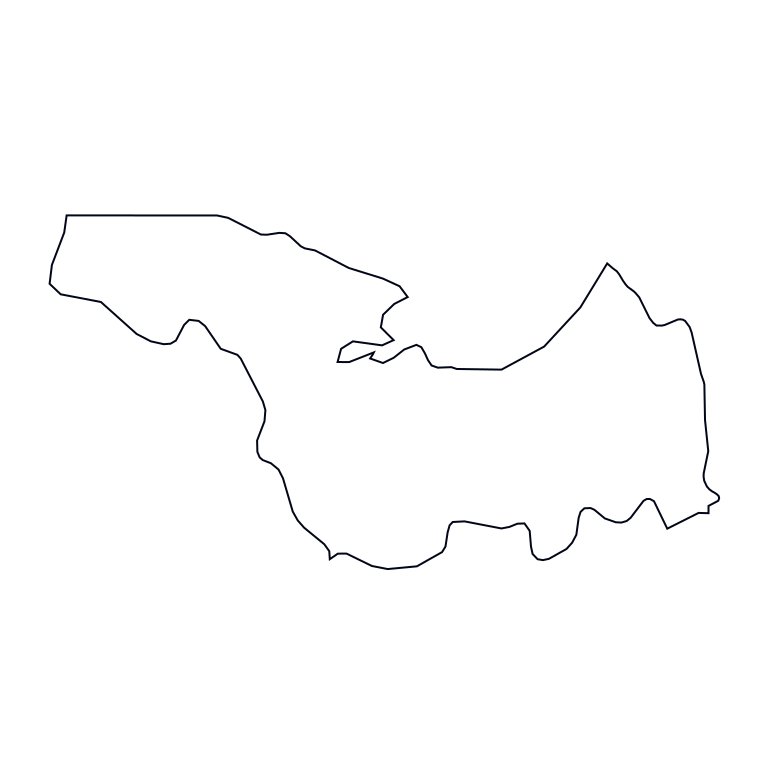 outline of Taranto, rotated 177°
{"feature_id": "ITA-5408", "entity_name": "Taranto", "entity_type": "Province", "adm_level": 1, "iso_a3": "ITA", "parent_name": "Italy", "parent_adm1": "", "projection": "mercator", "projection_center": [17.129, 40.529], "detail": "fine", "context": "isolated", "style": "outline", "palette": "ink", "viewbox_px": 768, "rotation_deg": 177, "n_neighbors": 0, "source": "natural_earth", "source_scale": "10m", "svg_char_len": 1989}
<svg xmlns="http://www.w3.org/2000/svg" viewBox="0 0 768 768"><g transform="rotate(177 384 384)"><path d="M692.1,569.0L541.8,561.0L531.0,558.1L499.1,539.7L493.1,539.2L480.6,540.4L474.6,539.7L470.2,536.5L459.9,525.9L456.0,523.6L445.9,521.0L413.1,501.7L379.5,489.3L363.3,480.8L355.8,469.6L369.6,463.4L381.3,453.2L384.2,440.7L372.1,427.3L383.9,422.7L412.8,428.2L425.0,421.4L429.2,408.4L417.7,407.7L392.5,416.1L393.5,414.3L396.5,410.2L383.9,405.0L372.9,409.7L362.0,417.4L349.6,421.4L344.8,418.8L341.6,412.6L338.8,405.5L335.5,400.0L329.4,397.5L315.9,397.3L310.6,395.2L265.9,392.2L222.1,413.0L183.9,450.2L154.8,492.7L149.6,487.7L145.6,484.4L143.4,481.2L139.9,474.6L137.6,470.9L135.5,468.2L129.4,463.2L127.8,461.4L124.6,457.2L115.4,435.9L112.0,431.0L108.8,428.1L103.3,427.8L100.7,428.2L87.2,433.0L84.6,433.1L81.9,432.5L79.9,431.1L75.8,424.9L74.1,419.3L66.9,377.5L64.6,369.6L64.1,366.8L65.3,331.3L63.7,299.9L69.4,278.1L69.7,274.7L69.3,270.6L66.9,264.7L64.5,261.7L61.8,259.5L59.5,258.1L57.3,256.4L55.6,254.5L55.3,252.3L56.3,249.9L66.3,245.3L66.7,238.0L76.6,238.8L108.7,224.7L120.5,252.8L124.3,255.2L127.7,255.4L131.0,253.7L144.7,237.5L148.8,234.5L154.1,233.2L159.8,233.8L170.5,238.2L180.5,247.4L184.2,249.3L190.4,249.4L194.4,246.0L196.6,240.2L199.8,223.4L204.4,215.7L210.4,209.7L228.4,200.8L234.5,199.8L239.8,201.0L244.5,206.5L245.7,213.8L246.2,229.7L251.0,237.4L258.1,237.5L266.3,234.7L274.3,233.6L310.8,242.6L322.6,242.6L325.9,239.4L328.2,232.6L331.1,218.5L334.8,213.1L360.7,200.2L390.0,199.0L405.6,202.9L430.3,216.6L439.0,217.0L447.3,211.9L447.4,219.9L452.0,227.1L471.3,244.7L477.3,252.3L481.8,261.4L489.8,295.1L493.8,304.1L501.1,310.8L509.1,314.4L512.0,317.2L514.0,322.8L513.7,334.2L505.3,353.0L503.8,364.1L505.9,372.9L525.8,417.0L528.9,420.8L545.2,427.7L559.6,451.2L565.8,456.7L575.1,458.3L580.5,453.5L589.5,438.3L595.1,435.4L601.9,435.3L614.6,438.8L628.4,446.9L662.4,480.7L702.2,490.5L712.7,501.6L709.4,520.3L695.4,552.0L692.1,569.0Z" fill="none" stroke="#020617" stroke-width="2"/></g></svg>